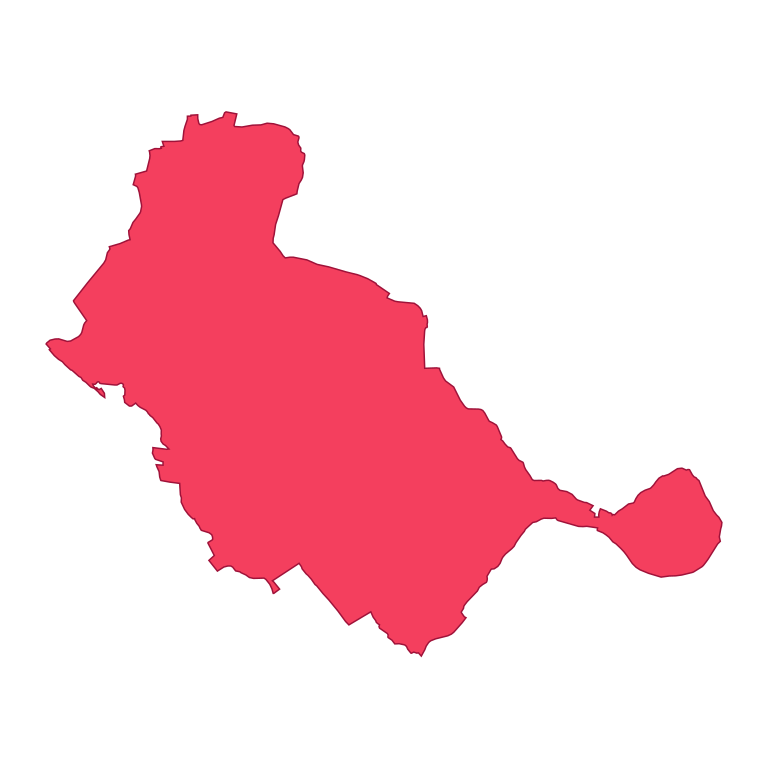 Viisoara, Cluj, Romania
{"feature_id": "2599482B98058077803275", "entity_name": "Viisoara", "entity_type": "district", "adm_level": 2, "iso_a3": "ROU", "parent_name": "Romania", "parent_adm1": "Cluj", "projection": "robinson", "projection_center": [23.931, 46.57], "detail": "fine", "context": "isolated", "style": "filled", "palette": "rose", "viewbox_px": 768, "rotation_deg": 0, "n_neighbors": 0, "source": "geoboundaries", "source_scale": "gbopen_adm2", "svg_char_len": 6083}
<svg xmlns="http://www.w3.org/2000/svg" viewBox="0 0 768 768"><path d="M421.3,656.1L424.8,649.7L426.2,646.1L428.5,642.7L429.5,641.7L430.9,640.7L435.7,638.8L447.8,635.8L451.4,634.1L453.7,632.3L462.1,622.8L466.0,617.7L464.3,616.8L461.3,612.5L461.4,611.8L463.5,608.4L463.8,606.3L464.8,604.7L467.2,601.6L477.4,591.0L479.3,587.2L482.7,584.5L486.4,582.3L487.0,580.9L487.3,578.8L487.0,576.3L491.0,569.5L491.4,569.1L494.2,568.8L497.8,566.4L500.1,563.3L502.1,558.4L503.1,556.8L505.5,554.0L511.9,548.6L514.1,546.3L516.0,542.6L520.9,535.5L524.3,531.4L525.4,529.2L532.7,522.5L536.4,521.7L541.2,519.1L543.9,518.2L551.6,518.4L555.7,517.9L557.0,519.8L558.1,520.5L578.5,526.4L583.0,526.6L586.8,526.3L597.6,527.9L597.2,530.0L597.4,530.5L603.0,532.8L606.1,534.9L609.1,537.3L612.8,541.8L616.1,543.9L620.6,548.2L623.9,551.7L626.7,555.3L632.3,563.5L636.1,567.3L640.0,569.8L648.5,573.3L661.1,577.1L669.4,576.0L675.8,575.8L681.8,575.0L692.1,572.5L693.5,572.0L702.0,566.7L703.4,565.4L705.9,562.2L708.2,559.0L717.6,544.0L720.3,541.3L719.3,536.9L720.7,528.8L721.5,526.0L721.9,522.4L718.9,517.3L716.5,514.9L713.3,510.7L709.3,501.6L705.2,496.0L699.0,480.6L697.2,479.2L696.1,477.8L694.0,476.8L692.4,474.9L689.5,469.7L688.0,469.5L686.3,470.1L682.4,468.3L681.5,468.2L677.4,468.7L668.6,474.4L663.8,476.0L662.6,475.9L658.9,478.2L655.8,481.9L653.8,484.8L651.1,487.7L650.2,488.4L645.1,490.2L640.8,492.6L638.0,495.3L635.9,498.6L634.3,502.1L633.3,503.0L628.5,504.0L622.3,508.8L618.5,511.1L614.7,514.8L612.7,514.5L612.2,515.1L612.0,514.2L610.8,513.0L608.7,512.7L606.5,511.2L600.4,508.8L599.3,511.6L598.7,514.6L598.8,517.1L594.5,517.1L594.9,513.5L589.8,510.2L593.1,505.7L586.6,502.6L584.3,502.4L577.4,499.9L576.1,498.9L572.1,494.4L566.8,491.6L559.9,490.3L557.9,488.5L556.3,484.9L555.5,483.9L553.3,482.3L549.9,480.6L548.7,480.3L546.3,480.4L543.0,481.0L541.5,480.4L534.1,480.5L532.3,479.7L529.9,475.5L525.7,469.6L524.5,467.1L523.3,462.9L522.8,462.2L519.0,460.3L517.4,458.7L510.9,448.3L510.4,447.8L507.7,446.9L504.9,443.9L502.8,441.0L500.9,439.5L501.6,437.9L501.5,436.7L497.4,426.8L496.4,425.1L492.6,422.8L489.4,421.3L488.7,420.4L484.8,413.1L482.8,410.5L480.9,409.5L478.4,409.1L468.3,408.9L466.4,408.0L464.6,406.3L460.3,400.2L453.7,387.0L445.6,381.0L444.4,379.3L443.4,377.8L439.6,369.4L439.5,368.3L436.6,367.9L424.7,368.3L423.8,344.3L424.6,331.6L424.9,329.4L425.9,327.6L427.0,327.4L427.3,326.8L427.1,324.3L427.5,322.4L427.4,319.7L426.3,315.7L423.1,316.5L421.7,310.8L420.3,308.3L417.8,305.7L414.2,303.3L398.1,301.8L394.8,301.2L387.1,297.9L387.6,296.1L389.4,293.5L376.4,284.6L376.1,283.5L375.5,283.1L367.9,278.8L360.0,275.6L357.3,274.7L345.6,271.8L328.8,266.9L317.2,264.4L306.9,259.9L293.3,257.2L290.0,257.2L285.2,257.9L283.0,255.7L280.2,251.4L273.0,242.8L273.2,238.3L274.1,234.8L275.6,224.5L278.5,215.6L282.9,199.6L285.6,198.2L296.9,193.8L297.2,191.1L299.0,183.6L301.3,180.0L302.5,177.4L303.2,172.8L302.4,166.1L302.5,165.0L304.0,161.5L304.4,159.6L304.8,155.1L304.3,153.6L301.7,152.3L301.0,151.6L300.7,151.0L300.8,148.1L298.6,145.0L297.8,142.0L299.0,137.8L298.8,136.6L298.4,136.1L293.5,134.6L289.8,129.7L288.1,128.5L284.9,126.9L273.7,123.8L267.1,123.2L260.9,124.9L252.4,125.2L242.0,127.0L234.6,126.5L234.0,125.5L236.8,113.9L226.0,111.9L224.6,112.8L222.8,117.4L219.3,118.2L211.9,121.5L201.6,124.8L199.7,124.5L198.9,123.5L197.8,118.8L197.7,114.8L190.9,115.2L190.8,116.1L187.4,116.2L187.4,119.3L185.0,126.4L183.9,130.5L182.8,140.4L180.5,141.0L174.6,141.4L162.3,141.4L163.9,146.3L161.0,146.7L160.8,147.2L161.3,148.3L159.5,148.7L154.8,148.6L149.2,150.8L149.6,152.1L150.0,155.6L149.7,158.5L146.6,171.0L135.4,174.2L135.6,174.7L135.5,176.5L133.2,184.7L136.9,186.4L137.9,187.8L139.3,192.6L141.5,204.9L141.6,206.6L140.6,211.7L139.9,213.2L135.7,219.1L133.0,222.4L130.3,228.7L128.7,230.6L129.0,234.7L130.1,239.7L128.2,240.1L120.0,243.6L109.3,246.7L109.9,248.8L109.7,249.5L107.4,252.7L105.7,259.8L103.8,263.1L87.8,282.5L73.5,300.7L73.7,301.6L75.0,303.7L86.7,320.6L84.7,323.0L83.7,325.0L81.8,332.4L80.7,334.4L78.6,336.6L70.6,341.0L67.2,341.4L58.8,338.9L55.1,339.0L50.1,340.2L46.8,342.9L46.1,344.0L50.4,348.9L49.3,349.7L54.3,355.6L58.5,359.3L62.4,361.7L64.9,364.6L70.6,369.8L72.0,370.3L78.9,376.4L81.0,377.5L82.8,380.3L85.9,382.3L90.1,386.4L91.2,387.2L94.2,388.3L98.1,391.8L100.3,394.4L104.7,397.5L104.4,393.3L101.2,388.4L99.0,389.7L97.9,388.9L96.7,389.5L96.4,389.1L97.0,388.0L96.6,387.7L95.7,388.2L94.9,387.6L93.3,385.7L92.7,384.1L95.0,384.3L96.4,383.2L97.0,382.3L98.1,381.7L98.9,381.9L99.9,383.3L101.0,383.6L115.0,385.0L117.0,385.0L120.2,383.3L121.8,383.3L122.7,383.8L123.4,384.7L123.1,386.7L124.6,388.1L125.0,390.4L124.8,395.0L123.4,396.2L124.4,399.7L124.7,402.4L129.3,406.0L130.0,406.1L131.7,406.0L135.7,403.1L137.9,405.5L140.2,407.3L145.8,410.2L147.3,411.8L148.4,413.7L149.6,414.7L149.9,415.4L152.7,417.5L157.0,423.0L158.3,424.1L159.9,426.6L161.3,430.0L161.2,433.9L161.4,436.0L160.7,438.9L161.1,441.3L163.1,444.0L165.5,445.5L168.9,449.0L166.7,449.3L152.9,447.6L153.0,449.9L152.4,453.1L154.7,458.3L155.5,459.3L163.1,461.9L163.0,465.2L156.2,464.7L156.9,466.8L159.1,471.6L159.7,477.0L160.7,480.2L160.9,480.5L169.7,482.1L179.7,483.4L180.4,494.8L181.4,497.8L181.2,502.1L184.6,509.4L188.2,514.3L191.4,517.5L193.1,518.9L194.6,518.6L194.9,519.8L196.8,523.3L199.2,526.3L199.9,528.0L201.3,530.3L209.2,532.8L211.7,534.7L212.5,536.8L212.7,539.2L212.0,540.1L208.1,542.4L207.9,543.0L214.3,555.5L208.9,560.4L217.4,571.1L223.9,567.0L227.8,566.0L230.8,566.0L232.7,567.1L235.6,570.9L239.9,571.8L241.0,572.7L245.8,574.9L249.4,577.5L253.6,578.4L264.0,578.1L265.9,579.4L269.8,584.3L271.9,588.8L273.2,593.4L273.8,593.4L279.6,589.1L273.8,582.0L272.4,580.8L299.1,563.3L301.5,566.8L302.1,568.8L306.1,573.8L308.0,575.4L311.4,579.3L315.0,584.5L316.7,585.8L323.1,593.7L328.9,600.0L338.0,611.1L345.6,621.5L348.9,624.9L370.8,611.8L373.2,617.2L375.7,620.6L376.3,622.3L377.8,623.7L379.5,624.7L379.0,626.6L379.6,628.2L387.3,633.5L388.1,634.8L387.9,637.0L388.1,637.5L392.0,640.2L394.8,643.9L399.2,643.7L404.7,644.9L406.5,646.4L407.8,649.3L410.9,653.1L411.5,653.2L413.8,652.1L416.7,653.1L418.5,652.9L421.3,656.1Z" fill="#f43f5e" stroke="#9f1239" stroke-width="1.5"/></svg>